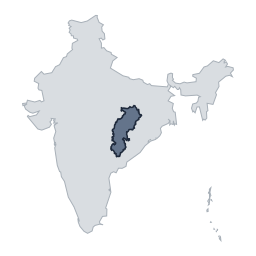 Chhattisgarh on a map of India (Albers equal-area conic projection)
{"feature_id": "IND-3260", "entity_name": "Chhattisgarh", "entity_type": "State", "adm_level": 1, "iso_a3": "IND", "parent_name": "India", "parent_adm1": "", "projection": "albers", "projection_center": [82.048, 20.958], "detail": "fine", "context": "in_parent", "style": "filled", "palette": "slate", "viewbox_px": 256, "rotation_deg": 0, "n_neighbors": 0, "source": "natural_earth", "source_scale": "10m", "svg_char_len": 8861}
<svg xmlns="http://www.w3.org/2000/svg" viewBox="0 0 256 256"><path d="M22.6,103.5L26.7,103.0L27.4,100.2L34.8,102.0L39.9,100.4L41.5,101.9L44.0,100.8L41.8,90.4L39.0,89.9L38.0,88.2L38.7,83.5L34.2,81.2L34.7,78.2L41.4,71.5L44.0,74.2L51.8,72.7L55.5,66.7L59.6,64.7L63.4,57.7L66.5,56.6L67.3,53.9L72.6,49.5L71.9,48.2L72.4,43.3L77.8,40.4L77.3,39.1L73.5,38.0L73.5,35.9L71.3,35.7L71.1,34.0L69.1,32.3L70.2,29.9L69.1,28.2L71.1,26.5L68.7,25.4L69.3,24.1L68.1,23.0L69.4,20.9L71.7,20.1L81.2,22.6L87.3,21.0L95.7,15.4L97.3,15.5L97.1,17.3L99.1,22.4L103.4,24.8L101.7,27.0L102.1,31.1L104.4,33.7L104.9,38.9L102.8,40.0L101.3,38.1L99.1,38.7L101.4,43.1L101.4,48.1L103.9,47.6L106.6,50.8L111.1,52.5L111.4,54.3L117.1,57.5L112.8,60.9L110.4,68.1L123.0,75.8L128.9,77.3L129.3,78.6L133.3,79.7L139.1,78.7L142.8,80.2L143.4,82.2L147.4,84.5L149.7,83.7L151.4,85.6L167.3,86.9L168.4,84.1L167.0,80.9L167.9,74.3L171.0,73.1L172.6,73.7L172.4,77.6L173.5,79.2L172.4,80.3L175.5,83.1L180.0,83.8L184.1,82.1L187.0,82.9L196.0,81.7L196.4,78.2L192.7,76.2L192.9,74.6L199.4,73.3L204.0,67.0L207.5,65.9L213.3,60.8L218.9,62.6L223.1,58.9L225.5,60.3L224.0,61.8L224.2,63.0L226.2,61.8L227.5,64.0L225.6,67.0L227.8,66.4L233.1,67.8L233.4,70.0L230.4,73.1L232.4,76.7L229.6,75.3L225.8,76.2L218.6,82.1L219.0,86.5L215.5,92.6L216.5,94.7L213.0,104.4L207.1,103.3L207.9,110.7L206.5,111.7L206.8,118.1L205.1,120.1L203.7,119.1L202.7,120.4L199.4,106.9L197.0,107.0L195.1,112.8L193.6,111.1L192.8,111.9L191.5,108.2L192.7,104.0L196.4,103.0L197.9,101.2L198.6,97.3L200.3,96.7L197.2,95.1L185.5,95.9L181.0,95.0L180.7,89.8L179.5,87.7L178.7,89.4L177.4,89.5L174.7,86.3L173.4,87.7L170.0,85.3L170.6,86.8L168.1,90.8L174.6,95.6L171.0,96.3L168.1,100.9L173.3,103.5L172.3,108.4L173.6,111.7L175.2,112.2L176.6,124.4L175.1,123.8L174.4,125.1L173.4,120.8L173.1,124.5L170.9,123.8L169.7,124.9L170.1,120.8L168.1,119.0L169.8,120.9L168.3,123.4L162.1,126.2L160.4,128.4L161.4,132.7L159.8,135.8L157.0,138.4L156.0,138.0L155.9,139.3L151.1,141.0L150.5,139.5L148.6,140.6L148.1,141.9L150.1,141.6L145.1,145.7L140.1,152.5L126.8,162.1L126.0,166.4L122.2,168.3L118.5,168.2L116.1,172.8L113.6,171.7L110.8,173.2L108.9,178.2L110.7,190.9L109.6,189.1L108.8,189.9L111.0,191.9L105.6,208.1L106.9,209.1L106.7,216.0L102.5,216.4L99.4,221.8L100.0,223.7L103.1,224.8L99.7,224.2L95.1,225.4L93.2,227.0L92.1,231.0L87.6,233.3L84.0,231.3L80.0,226.5L78.3,222.2L77.8,218.4L79.4,221.5L78.6,218.5L74.0,206.9L68.3,197.1L64.5,181.5L61.4,176.7L60.7,172.0L59.6,171.6L57.3,165.4L54.7,147.8L55.9,144.8L55.7,143.7L54.5,145.1L54.3,144.2L54.5,142.5L55.8,142.7L54.4,141.9L53.7,138.1L55.8,131.5L54.1,125.8L54.9,125.0L54.0,125.0L57.9,122.9L53.6,123.1L54.9,121.0L53.6,120.9L53.9,119.4L55.8,118.9L51.2,118.4L51.8,119.9L49.9,121.9L51.4,124.3L49.4,127.2L41.8,130.1L37.8,129.0L27.4,116.5L28.1,115.4L29.7,116.7L36.5,114.9L39.2,111.0L32.9,113.2L29.8,112.2L25.6,109.1L24.2,105.9L27.1,103.9L22.9,105.6L22.6,103.5ZM209.3,203.7L207.7,201.1L209.5,198.2L209.4,189.2L210.9,187.6L209.9,192.4L210.9,195.6L210.0,196.5L209.3,203.7ZM220.5,236.8L220.9,240.6L219.3,238.7L220.5,236.8ZM208.1,211.5L207.0,211.7L206.8,210.1L208.0,208.8L208.1,211.5ZM216.5,231.0L216.5,232.1L216.1,231.1L216.5,231.0ZM217.6,229.4L217.3,230.9L217.3,229.3L217.6,229.4ZM219.4,235.6L219.0,236.8L218.7,236.3L219.4,235.6ZM211.3,222.3L210.5,222.4L210.8,221.7L211.3,222.3ZM209.1,204.3L208.4,204.9L208.7,203.9L209.1,204.3ZM211.4,199.6L211.8,200.6L210.9,199.9L211.4,199.6ZM214.4,229.3L213.8,229.2L214.0,228.6L214.4,229.3ZM208.6,192.5L208.4,193.7L208.5,192.4L208.6,192.5Z" fill="#d9dde1" stroke="#a8b0b8" stroke-width="1"/><path d="M132.1,107.4L132.8,107.2L133.0,107.1L133.3,106.7L133.3,106.3L133.7,106.0L133.9,105.6L134.3,105.7L134.7,105.7L135.1,106.0L135.2,106.7L135.4,107.0L135.5,107.2L136.6,108.3L136.8,108.8L136.7,109.1L136.7,109.3L136.9,109.7L137.0,109.9L137.2,110.0L137.6,110.0L138.2,110.2L138.2,109.8L138.2,109.7L138.6,109.5L138.8,109.9L138.9,110.1L138.4,110.9L138.4,111.6L138.4,111.8L138.5,111.8L138.7,111.6L138.8,111.6L139.0,111.8L139.1,112.2L139.0,112.8L139.0,113.2L139.0,113.5L139.5,114.0L139.7,114.7L139.8,114.7L140.0,114.5L140.4,114.7L140.9,114.6L141.2,114.8L141.3,114.9L141.3,115.1L141.4,115.4L141.5,115.6L141.3,115.8L140.8,116.3L140.5,116.4L140.3,117.1L139.7,117.5L139.3,117.6L139.1,117.8L138.8,118.0L138.6,118.5L138.8,118.8L138.9,119.2L138.8,119.4L138.6,119.7L138.4,119.8L137.7,119.9L136.8,120.7L136.1,121.0L135.6,121.7L135.6,121.9L135.7,122.1L135.7,122.3L135.4,122.5L135.3,123.0L135.7,123.4L135.7,123.7L135.7,123.9L135.7,124.1L135.4,124.1L135.3,124.4L135.1,124.3L134.9,124.8L134.1,126.1L134.0,126.8L134.0,127.1L134.3,127.5L134.4,127.9L134.4,128.1L134.2,128.1L133.8,127.9L133.6,127.9L133.5,128.1L133.5,128.5L133.2,128.8L133.0,129.4L132.8,129.7L132.6,129.8L132.1,129.9L131.8,129.7L131.6,129.6L131.5,129.4L131.3,129.4L130.2,129.5L129.7,129.5L129.0,129.6L128.9,129.7L128.9,130.0L128.6,130.6L128.3,131.2L128.2,131.3L127.9,131.4L127.5,132.0L127.2,132.2L127.1,131.9L126.8,131.8L126.7,131.8L126.6,132.8L126.8,133.5L126.6,134.5L126.8,134.8L127.0,135.2L127.2,136.2L127.3,136.5L127.3,137.5L127.2,138.1L127.2,138.3L127.6,138.5L127.8,138.7L128.3,138.7L128.7,138.9L129.0,138.8L129.3,138.8L129.3,139.1L129.2,139.7L129.4,140.0L128.9,140.4L128.5,140.7L128.4,140.7L128.4,140.1L128.0,140.0L127.6,139.9L126.8,139.8L126.6,139.9L126.4,140.2L126.4,140.3L126.2,140.2L125.7,139.1L125.3,139.0L125.2,138.8L124.7,138.4L124.4,138.7L124.2,138.8L124.1,138.5L123.8,138.1L123.6,138.0L123.3,138.4L123.1,138.5L122.7,139.1L122.6,139.3L122.7,139.5L122.9,139.7L123.5,140.1L123.8,140.5L124.2,140.6L124.3,140.7L124.3,141.3L124.4,141.8L124.3,142.1L124.3,142.8L124.6,142.9L124.9,143.3L125.2,143.5L125.3,143.6L125.3,143.8L125.1,144.0L125.4,144.3L125.2,144.8L125.2,145.1L125.3,145.5L125.3,145.9L125.5,146.1L125.6,146.4L125.8,146.8L125.8,147.5L125.5,147.7L125.3,147.9L125.2,148.6L125.1,148.9L124.8,148.7L124.6,149.1L124.4,149.2L124.0,149.3L123.8,149.4L123.6,149.7L123.3,149.8L123.4,150.0L123.6,150.1L123.7,150.4L123.2,150.7L122.9,151.1L122.5,151.4L122.0,152.1L121.6,152.3L121.3,152.6L121.0,152.7L120.6,152.7L120.6,152.8L120.3,153.3L120.4,153.6L120.3,154.2L120.1,154.5L120.1,154.9L120.0,155.2L119.9,155.5L119.8,155.9L119.7,155.9L119.4,155.8L119.4,156.2L119.4,156.4L118.3,156.5L117.6,156.2L116.7,156.7L116.4,156.4L116.3,156.2L116.3,155.2L116.0,154.6L115.9,154.3L115.9,154.2L116.1,153.8L116.1,153.7L115.9,153.6L115.5,153.8L115.3,153.6L115.3,153.2L115.1,153.1L114.9,153.5L114.5,153.5L114.4,153.4L114.4,153.2L114.7,153.0L114.7,152.9L114.5,152.5L114.2,151.7L113.9,151.2L113.3,150.5L112.7,150.0L112.4,150.0L111.9,150.1L111.8,149.9L111.7,149.9L111.5,150.1L111.3,149.7L111.2,149.4L111.2,149.2L110.9,149.1L110.8,148.9L110.9,148.6L111.4,148.3L111.5,148.2L111.0,147.4L110.9,147.2L111.1,146.7L111.5,146.2L111.7,145.9L112.0,144.8L112.3,144.6L112.6,144.2L112.8,144.1L113.1,143.7L113.3,143.7L113.4,143.8L113.5,144.1L113.6,144.3L114.1,144.3L114.4,144.7L114.7,144.4L115.2,144.2L115.0,143.7L115.5,143.5L115.6,143.3L115.7,143.1L115.6,142.8L115.3,142.5L115.0,142.4L114.7,142.2L114.2,142.0L114.1,141.8L114.1,141.4L113.3,141.0L113.0,140.3L112.9,140.3L112.7,140.3L112.6,140.5L112.2,140.6L112.1,140.3L112.5,140.2L112.6,139.8L112.2,139.7L112.3,139.3L112.8,139.4L113.0,139.4L113.2,138.4L113.0,137.7L112.1,137.6L112.2,137.2L112.2,136.9L112.3,136.8L113.0,136.6L113.4,136.3L113.7,136.2L113.6,135.6L113.6,135.1L113.8,134.7L113.7,134.5L113.7,134.0L113.7,133.9L113.3,133.9L112.9,134.1L112.8,133.8L112.9,133.6L113.3,133.4L113.4,133.2L113.2,132.5L113.2,131.4L112.8,131.3L112.6,131.3L112.5,131.1L112.3,130.8L112.5,129.7L112.7,129.4L113.2,129.1L113.8,128.8L114.1,128.5L114.2,128.4L114.2,128.0L114.5,127.0L114.5,126.1L114.6,125.0L114.7,124.8L114.8,124.7L115.0,124.7L115.3,124.3L115.4,124.0L115.4,123.1L115.9,122.1L116.0,122.0L116.3,122.0L116.5,122.3L116.7,122.1L116.5,121.8L116.8,121.7L116.9,121.1L117.0,120.9L117.3,120.7L117.5,120.4L117.6,119.6L117.6,119.4L117.9,119.0L118.0,118.9L118.2,119.1L118.4,119.2L118.7,119.0L119.0,118.9L119.3,118.8L119.5,118.9L119.6,119.2L119.7,119.3L120.0,119.2L120.7,118.6L121.1,118.5L121.4,118.4L121.5,118.0L121.6,117.9L122.0,117.6L122.3,117.5L122.3,117.0L122.5,116.8L122.4,116.1L122.5,115.9L123.1,115.7L123.6,115.2L123.6,114.6L123.7,114.4L123.8,114.3L124.2,114.2L124.6,114.0L124.7,113.9L125.0,114.0L125.1,113.9L125.2,113.6L125.3,113.1L125.5,112.4L125.4,112.3L125.3,112.1L125.0,111.9L124.8,111.8L124.4,111.8L124.3,111.6L124.0,111.5L123.5,110.8L123.4,110.7L123.0,110.7L122.3,110.4L122.2,110.4L121.5,110.8L121.4,110.9L121.1,110.3L121.2,110.0L121.3,109.7L121.5,109.6L121.8,109.2L121.4,108.3L121.3,108.1L121.3,107.9L121.4,107.7L121.7,107.7L122.2,108.1L122.4,108.3L122.7,108.4L122.9,108.4L123.6,108.0L124.1,108.0L124.6,108.3L125.6,108.3L126.0,108.5L127.1,108.5L127.7,108.6L128.0,108.5L128.2,108.3L128.8,108.0L128.9,107.7L129.0,107.6L129.7,107.3L129.8,107.2L129.8,106.9L129.9,106.7L130.2,106.8L130.6,107.2L130.9,107.4L131.1,107.4L131.7,107.4L132.1,107.4Z" fill="#64748b" stroke="#1e293b" stroke-width="1.5"/></svg>